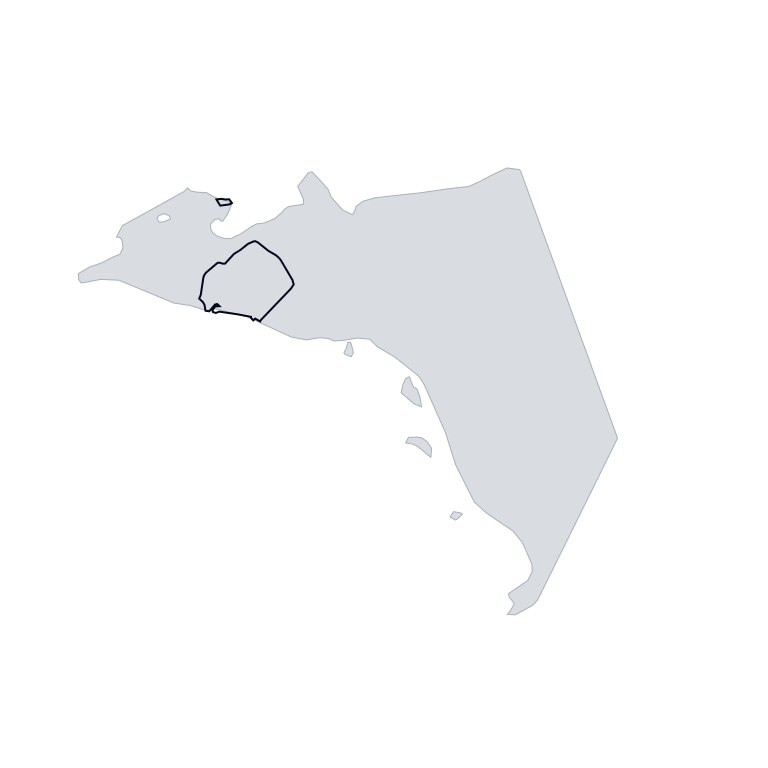 location of Dubay within United Arab Emirates, rotated 242°
{"feature_id": "ARE-350", "entity_name": "Dubay", "entity_type": "Emirate", "adm_level": 1, "iso_a3": "ARE", "parent_name": "United Arab Emirates", "parent_adm1": "", "projection": "robinson", "projection_center": [55.527, 24.951], "detail": "coarse", "context": "in_parent", "style": "outline", "palette": "ink", "viewbox_px": 768, "rotation_deg": 242, "n_neighbors": 0, "source": "natural_earth", "source_scale": "10m", "svg_char_len": 3030}
<svg xmlns="http://www.w3.org/2000/svg" viewBox="0 0 768 768"><g transform="rotate(242 384 384)"><path d="M639.4,216.8L646.6,227.3L647.8,297.8L649.4,302.8L645.6,303.6L641.2,308.9L636.2,317.2L629.3,321.5L623.8,326.3L618.5,332.3L613.8,333.6L607.7,326.0L603.5,318.2L604.5,316.5L607.5,316.0L608.6,311.9L606.8,306.1L602.7,303.9L597.5,303.7L592.5,306.4L587.3,311.5L584.3,317.0L583.8,328.1L585.2,340.6L585.2,346.7L582.3,354.2L581.3,365.3L583.3,373.9L585.2,379.0L585.4,383.4L580.5,397.1L584.7,399.6L599.0,400.6L603.1,409.9L606.0,416.2L605.2,420.0L595.2,422.8L582.5,426.0L573.4,425.1L557.0,429.2L548.2,435.7L550.8,439.7L553.9,442.8L555.2,451.3L552.7,463.4L548.0,475.1L542.2,489.7L535.5,506.5L526.4,531.8L518.6,551.7L517.7,566.0L517.9,575.3L517.0,594.0L509.7,604.3L508.0,604.6L499.2,603.4L496.3,602.9L487.9,601.8L474.9,599.9L458.0,597.5L438.1,594.7L415.8,591.6L392.0,588.2L367.5,584.7L342.9,581.2L319.1,577.9L296.8,574.7L276.9,571.9L260.0,569.5L247.0,567.7L238.7,566.5L235.7,566.1L226.5,564.7L221.5,557.8L215.4,549.4L209.4,541.0L203.4,532.7L197.3,524.3L191.3,515.9L185.3,507.5L179.3,499.1L173.2,490.7L167.2,482.4L161.2,474.0L155.2,465.6L149.2,457.2L143.1,448.8L137.1,440.4L131.1,432.0L125.1,423.7L121.1,418.0L118.9,411.7L118.6,395.1L118.6,391.5L122.7,384.8L124.6,389.6L129.2,396.1L136.9,394.5L140.5,395.6L143.0,418.6L148.7,426.7L155.6,430.0L179.0,431.8L193.6,428.8L222.4,413.7L237.5,408.3L279.1,409.3L312.5,415.5L364.6,419.2L374.7,418.3L402.7,406.2L420.0,395.6L430.2,392.5L437.0,382.3L441.5,368.9L445.4,360.2L450.5,356.0L455.3,348.6L459.2,336.5L468.8,324.4L507.5,294.8L530.1,269.8L532.1,261.8L544.4,249.6L554.2,236.4L600.2,198.5L609.4,182.9L614.8,165.4L615.4,164.1L619.4,163.4L625.0,166.1L625.5,179.2L623.5,191.5L623.3,204.6L622.5,211.7L626.8,217.6L634.1,220.1L637.2,219.8L639.4,216.8ZM637.7,270.0L638.3,264.5L637.2,261.6L632.5,261.2L630.5,266.0L629.9,272.8L633.1,273.4L637.7,270.0ZM378.5,405.5L378.5,409.8L367.3,408.5L364.3,410.8L355.1,409.5L346.2,406.4L352.3,401.2L368.2,395.0L374.7,400.6L378.5,405.5ZM312.9,395.0L304.8,395.8L297.3,390.9L313.0,384.4L317.2,381.5L321.8,375.5L325.4,380.6L321.4,388.7L318.5,392.2L312.9,395.0ZM437.8,371.5L436.8,373.9L433.7,373.7L425.9,371.5L423.4,367.8L428.3,363.5L430.4,363.3L433.5,367.8L437.8,371.5ZM234.1,391.2L232.2,392.1L230.3,385.2L230.5,383.0L235.5,379.9L238.6,385.6L234.1,391.2Z" fill="#d9dde1" stroke="#a8b0b8" stroke-width="1"/><path d="M497.4,304.0L502.2,301.0L501.6,298.4L505.3,297.5L505.8,298.0L514.0,287.8L525.2,272.6L525.7,268.8L527.8,266.8L529.6,267.1L531.8,271.3L529.9,275.3L532.9,274.3L533.5,272.1L530.2,263.9L532.5,260.8L538.3,262.7L541.5,262.5L546.1,260.9L548.9,264.2L562.8,274.5L564.6,276.5L565.9,279.1L569.1,293.9L568.5,295.5L565.9,298.2L564.9,300.2L569.3,312.6L569.8,320.3L571.6,329.7L571.1,335.9L570.5,337.4L568.0,339.2L555.9,344.4L548.5,349.0L545.1,350.3L542.1,351.0L518.8,352.0L514.3,351.0L511.9,346.6L498.3,305.3L497.4,304.0ZM625.6,322.7L623.8,327.4L621.4,330.5L619.8,334.0L615.2,334.7L615.1,331.9L618.4,323.1L625.6,322.7Z" fill="none" stroke="#020617" stroke-width="2"/></g></svg>